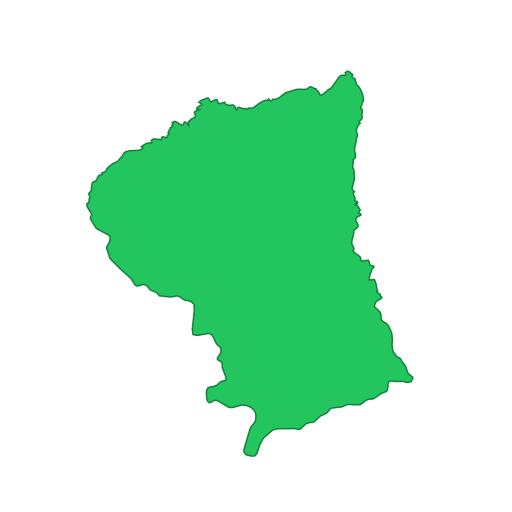 outline of Bamingui-Bangoran, rotated 100°
{"feature_id": "CAF-806", "entity_name": "Bamingui-Bangoran", "entity_type": "Prefecture", "adm_level": 1, "iso_a3": "CAF", "parent_name": "Central African Republic", "parent_adm1": "", "projection": "robinson", "projection_center": [20.535, 8.397], "detail": "fine", "context": "isolated", "style": "filled", "palette": "green", "viewbox_px": 512, "rotation_deg": 100, "n_neighbors": 0, "source": "natural_earth", "source_scale": "10m", "svg_char_len": 6096}
<svg xmlns="http://www.w3.org/2000/svg" viewBox="0 0 512 512"><g transform="rotate(100 256 256)"><path d="M275.1,124.8L276.4,125.6L279.7,129.6L282.1,130.4L284.0,130.7L285.0,130.5L285.7,130.2L287.2,127.5L288.0,126.6L289.7,124.1L290.3,123.6L293.2,122.4L295.0,122.2L296.1,121.8L296.7,121.5L298.0,120.3L298.7,119.3L299.5,116.7L300.2,115.4L300.8,114.5L303.4,112.2L307.3,109.6L309.1,108.7L315.1,107.1L320.5,106.5L325.7,104.7L326.7,104.0L330.3,100.3L330.7,99.7L331.5,97.0L331.9,96.3L332.6,95.4L335.0,93.5L337.2,90.9L339.7,88.9L344.2,86.5L345.6,85.2L347.9,80.9L348.5,80.5L349.1,80.4L351.8,81.1L352.8,81.5L353.4,82.5L354.2,85.1L354.3,86.1L354.0,88.6L354.0,90.0L355.3,96.2L355.6,101.3L356.0,102.2L356.5,103.0L357.6,103.5L359.2,103.7L362.1,103.4L365.0,103.4L366.5,103.9L367.5,105.2L369.4,108.5L376.0,115.2L376.5,116.1L377.5,120.1L378.3,121.6L379.5,123.0L383.5,126.7L384.4,128.1L385.0,130.5L386.1,138.9L386.5,140.4L387.2,141.7L389.1,144.2L389.9,146.0L392.3,154.0L392.9,155.5L393.8,156.5L396.9,158.1L398.2,159.1L399.3,160.3L402.1,164.5L403.7,165.9L407.8,168.7L409.0,169.8L410.2,172.0L410.6,173.8L411.5,175.9L412.9,177.9L418.2,181.8L419.3,183.1L419.4,184.3L419.2,187.8L422.3,204.3L423.4,207.3L424.9,209.7L433.4,216.6L435.1,217.5L441.4,219.5L449.9,220.7L451.7,221.6L452.9,222.5L453.5,223.6L453.8,226.6L453.5,231.1L451.4,233.7L448.8,234.3L426.9,231.8L424.8,231.1L420.5,228.6L418.0,227.8L415.5,228.0L413.1,228.4L410.1,229.4L409.3,230.1L408.3,231.1L406.8,233.1L405.9,235.0L405.2,237.3L404.9,239.6L405.0,242.8L405.2,243.8L405.7,245.2L409.2,252.4L409.7,255.1L409.6,256.8L409.3,257.9L405.5,267.7L405.1,269.4L405.2,270.9L405.6,272.2L406.4,273.3L407.9,274.8L408.4,275.7L408.4,276.9L407.5,278.4L405.1,279.6L401.8,280.6L398.7,281.2L396.2,281.2L394.4,280.5L393.3,279.1L391.8,275.1L391.0,273.4L390.0,272.1L387.3,270.1L386.0,268.9L385.2,267.7L384.1,265.0L383.6,264.3L382.6,264.2L380.5,264.6L373.0,269.1L371.1,270.0L367.8,270.6L366.9,271.0L366.3,271.9L365.2,274.9L364.4,276.1L363.4,276.3L358.0,274.1L356.4,273.9L354.5,274.2L352.4,275.0L350.9,277.5L349.7,279.2L347.7,281.0L343.4,283.9L341.4,285.8L340.4,288.0L341.0,290.7L344.3,299.8L344.4,304.3L339.4,306.0L321.5,307.2L314.5,308.5L312.2,311.9L311.7,314.8L311.9,317.1L311.7,318.9L311.2,320.3L309.2,324.3L309.0,325.8L309.1,327.2L311.2,332.9L312.0,344.4L309.8,346.7L308.7,349.7L307.9,353.6L307.4,354.8L304.2,358.3L303.7,359.9L303.6,361.7L303.9,362.8L305.6,366.2L306.0,367.3L306.1,368.5L305.8,369.5L305.1,370.5L300.9,374.2L299.6,375.6L291.8,388.2L290.1,390.4L285.4,397.3L284.7,398.0L283.4,399.6L275.5,403.7L274.2,404.6L272.3,404.4L271.1,404.1L268.5,403.0L267.4,402.7L263.5,402.7L262.1,403.4L260.8,405.3L257.8,414.5L257.3,416.6L256.2,418.3L249.3,424.6L246.7,425.9L244.2,425.1L243.6,425.1L242.5,425.8L237.0,430.7L235.0,431.5L234.2,431.6L233.4,431.4L232.9,430.2L232.3,429.9L228.6,430.1L228.1,430.3L226.8,429.6L225.7,430.1L224.2,431.6L222.6,431.1L220.1,429.3L219.2,429.9L217.4,429.7L214.6,430.0L212.0,429.8L210.8,428.5L210.1,426.9L208.2,426.0L205.9,425.5L203.9,424.6L203.4,424.0L203.0,421.9L201.6,421.5L200.8,421.5L200.8,421.9L198.8,418.9L198.1,418.5L195.8,417.9L193.5,416.4L190.0,413.2L186.9,408.9L185.6,407.9L183.1,406.6L180.5,404.8L177.7,404.0L176.1,402.7L174.3,398.7L172.1,389.1L170.0,386.2L169.5,386.2L169.0,386.6L168.4,387.9L167.0,386.8L164.4,383.7L163.8,382.6L163.3,381.3L162.8,378.3L162.2,378.3L160.4,379.2L158.4,377.1L157.8,369.2L155.4,369.5L154.8,368.2L155.0,365.6L154.6,364.3L153.3,364.3L150.6,362.9L150.1,363.9L149.3,364.0L145.7,362.7L144.5,362.6L143.1,360.7L141.7,361.5L139.9,360.9L139.2,361.7L137.5,359.5L138.1,356.7L139.5,353.8L140.0,351.2L139.3,350.3L136.5,349.9L136.3,348.7L137.1,347.3L139.2,345.0L136.1,345.7L134.9,345.5L133.8,344.2L132.6,343.9L130.3,340.6L128.8,339.8L127.8,340.1L125.9,341.5L124.5,341.5L124.0,340.9L121.6,337.2L121.3,340.1L119.8,339.6L116.1,335.4L114.8,337.9L114.6,338.9L112.8,337.7L108.8,331.5L108.7,330.4L111.6,327.9L112.2,326.7L111.3,326.0L109.6,323.9L108.7,321.6L112.2,319.6L112.0,317.5L110.9,315.1L110.0,313.6L111.6,312.5L112.2,311.1L112.2,307.9L111.6,306.4L111.3,305.2L111.5,303.9L112.3,302.9L114.6,301.7L115.4,300.4L113.2,300.0L112.5,298.5L113.1,295.1L112.7,291.1L113.1,290.0L111.6,288.9L111.3,287.8L111.3,286.4L110.8,284.7L104.9,279.1L102.6,276.3L100.9,273.6L100.8,271.6L99.2,271.1L99.4,270.4L100.3,269.4L100.8,268.2L100.3,267.5L98.8,266.9L98.5,265.9L98.4,264.3L98.2,263.6L96.0,260.5L91.8,256.9L90.0,255.0L84.7,244.5L84.1,241.5L83.7,238.1L82.9,235.0L80.0,232.3L80.0,230.2L81.2,226.7L80.9,226.0L82.0,225.3L83.1,223.3L86.7,220.5L84.5,217.6L81.1,214.7L79.3,213.5L78.3,211.5L64.9,205.0L63.5,203.9L63.0,202.2L62.7,200.1L61.9,198.9L60.1,200.0L58.2,198.3L58.2,196.4L60.8,192.1L61.8,192.6L62.8,192.5L63.6,192.0L64.2,189.5L64.8,189.0L65.7,188.8L67.5,187.7L69.7,186.9L70.1,186.5L70.4,185.5L71.1,184.6L72.8,182.9L75.3,180.9L79.7,178.5L84.1,177.1L87.1,178.1L88.8,178.0L91.8,178.8L92.4,178.6L93.0,177.1L94.4,176.5L99.0,176.2L101.3,175.5L102.4,175.5L103.7,176.3L104.9,177.4L106.0,177.8L107.1,176.4L108.3,177.4L110.3,178.2L112.4,178.8L114.3,179.0L115.8,178.6L120.1,176.8L121.1,177.4L129.7,177.3L130.7,177.9L131.4,177.9L132.4,177.3L135.0,177.4L138.3,175.8L141.7,175.0L144.7,177.3L146.5,176.3L151.4,176.4L152.4,175.9L153.0,175.3L155.7,174.0L158.0,173.7L160.9,172.8L163.2,172.5L172.7,173.1L174.1,172.5L175.5,170.2L177.1,171.1L178.7,170.7L181.6,168.5L184.3,168.3L185.0,165.8L185.4,165.2L185.8,165.0L186.7,165.5L187.1,167.4L187.8,167.6L188.5,167.1L188.3,165.7L188.6,165.0L191.9,161.9L192.8,161.4L193.7,161.6L195.2,162.3L196.2,162.4L196.4,160.2L197.4,159.8L198.2,160.5L199.2,162.0L200.5,163.5L202.4,164.2L204.1,163.6L207.3,161.1L208.9,160.6L210.1,161.0L211.4,161.9L213.9,164.2L216.1,163.7L225.4,164.2L227.5,163.7L231.4,160.9L232.5,160.8L233.9,161.4L236.2,158.7L237.5,155.6L239.1,153.0L242.0,151.9L242.6,150.5L241.5,147.5L240.7,144.5L242.8,143.2L244.1,142.9L245.0,142.1L245.4,140.9L245.5,139.3L245.9,138.0L246.9,138.2L249.3,139.7L251.6,139.7L253.5,140.4L254.3,140.5L260.0,140.5L258.6,135.3L263.1,132.7L268.2,131.0L269.3,130.0L270.1,131.0L271.1,129.8L272.2,127.0L274.0,126.3L274.6,125.1L275.1,124.8Z" fill="#22c55e" stroke="#15803d" stroke-width="1.5"/></g></svg>